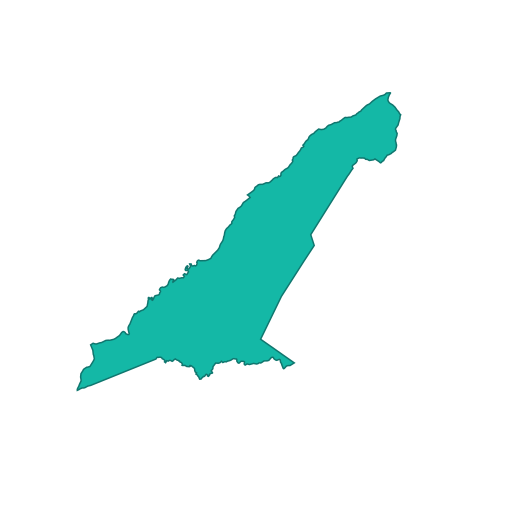 outline of Canas, Guanacaste, Costa Rica, rotated 33°
{"feature_id": "36466004B65281330352027", "entity_name": "Canas", "entity_type": "district", "adm_level": 2, "iso_a3": "CRI", "parent_name": "Costa Rica", "parent_adm1": "Guanacaste", "projection": "equal_earth", "projection_center": [-85.111, 10.45], "detail": "fine", "context": "isolated", "style": "filled", "palette": "teal", "viewbox_px": 512, "rotation_deg": 33, "n_neighbors": 0, "source": "geoboundaries", "source_scale": "gbopen_adm2", "svg_char_len": 6104}
<svg xmlns="http://www.w3.org/2000/svg" viewBox="0 0 512 512"><g transform="rotate(33 256 256)"><path d="M307.6,76.3L305.8,75.3L305.2,74.5L304.2,74.0L303.8,73.5L303.6,72.6L303.8,68.8L302.9,66.2L301.9,62.5L300.8,60.5L300.4,58.7L299.0,58.5L297.1,57.4L294.4,56.7L291.6,55.5L288.4,54.9L285.0,55.0L284.0,54.8L282.4,54.0L281.6,53.4L280.6,50.9L280.1,48.5L280.0,46.1L279.6,46.0L276.6,48.3L276.2,50.3L275.3,51.8L273.1,54.2L270.7,59.1L269.3,62.9L268.4,66.6L267.0,68.8L266.5,70.1L265.0,76.0L265.0,77.4L263.9,79.3L263.7,80.3L263.1,81.6L262.9,83.3L260.9,85.8L260.4,87.1L259.9,87.9L257.9,89.4L256.8,90.5L255.9,90.8L255.2,91.4L254.4,93.4L253.6,95.9L252.8,97.4L252.6,98.6L251.7,99.2L251.0,100.2L249.3,101.4L247.4,104.9L245.7,106.8L245.1,108.7L244.9,110.5L243.8,112.8L241.8,114.5L239.4,115.4L238.0,119.5L237.7,121.7L236.2,124.2L236.2,125.0L235.9,125.5L235.7,126.4L235.7,127.7L236.0,128.5L236.1,130.5L235.7,131.2L235.4,132.3L235.3,133.6L235.4,135.8L235.1,136.5L235.0,137.5L236.3,137.9L236.3,138.7L236.2,139.2L235.2,140.7L235.5,142.7L235.5,144.3L235.2,146.0L235.2,147.9L235.0,149.6L234.8,150.3L233.8,151.7L233.5,152.5L233.5,153.1L234.1,154.1L234.2,155.8L235.1,156.2L235.3,156.6L235.4,157.9L235.1,160.1L234.9,160.5L234.9,163.9L234.5,165.4L234.0,166.0L233.1,167.9L232.6,170.0L231.8,172.0L231.9,173.0L233.0,174.9L233.0,175.9L232.5,176.4L231.4,176.5L231.3,178.5L229.8,179.3L229.5,179.7L228.5,181.8L228.2,183.9L227.9,184.3L227.9,185.1L227.2,187.1L226.4,188.0L224.6,189.1L222.6,192.2L220.0,194.0L219.1,195.1L218.9,196.1L217.9,198.7L217.9,199.8L218.4,200.7L218.3,202.3L217.4,204.9L215.6,209.4L217.4,209.5L219.2,210.2L217.2,216.0L216.3,218.0L216.5,222.1L215.9,224.0L215.0,225.8L214.9,229.2L215.1,230.2L215.9,232.3L215.9,234.1L217.1,235.3L217.3,238.1L217.1,238.8L217.1,240.6L218.0,241.8L217.9,242.5L217.3,244.1L217.0,246.9L216.4,249.0L216.4,251.4L217.0,253.4L218.2,256.0L218.5,257.5L219.3,259.4L219.8,261.3L219.8,265.5L220.2,267.4L220.7,268.8L220.7,271.9L219.2,278.9L219.2,280.7L219.4,282.6L218.1,284.9L216.4,287.2L211.6,290.5L210.8,290.5L209.9,290.9L209.5,292.2L209.7,293.3L209.8,293.6L210.2,293.6L210.5,293.9L211.2,296.2L210.7,297.3L209.5,297.5L208.7,298.6L207.8,299.1L207.1,299.1L206.4,298.3L205.9,298.0L204.7,298.8L205.3,299.3L206.4,299.6L206.8,300.9L206.8,302.6L206.4,304.0L204.9,304.0L204.7,301.9L204.3,301.6L203.8,301.6L203.4,302.5L203.4,304.0L203.9,305.8L204.6,306.4L205.1,306.4L206.4,305.5L207.3,305.5L208.0,306.0L208.1,309.2L207.8,309.5L207.3,309.6L205.8,309.7L205.3,311.1L205.3,311.6L207.0,312.1L207.0,313.8L205.6,314.7L203.9,316.5L202.3,317.1L201.8,319.9L200.6,323.2L200.4,323.1L200.2,322.5L199.9,320.7L199.1,320.7L198.0,321.5L197.0,321.7L196.8,322.6L196.8,324.1L197.1,325.7L197.7,327.6L197.6,329.4L196.5,331.6L195.8,332.5L194.3,333.1L193.3,334.5L193.3,336.6L193.5,337.0L194.7,337.2L195.3,337.8L195.4,338.3L195.3,339.5L195.8,340.5L195.7,341.3L195.4,341.8L193.0,344.3L193.0,346.3L193.3,347.4L193.4,349.2L193.2,349.6L192.4,349.5L191.9,347.9L191.6,347.6L191.2,347.5L190.7,348.1L190.5,349.9L189.9,350.0L189.1,349.1L188.7,349.1L188.5,349.6L188.5,350.0L189.1,350.4L189.5,351.1L189.9,352.5L190.7,354.0L192.1,357.6L190.9,362.4L189.1,364.9L188.7,366.2L187.8,366.1L187.5,366.4L187.2,369.0L186.5,370.1L185.5,370.7L185.5,371.6L185.8,372.4L185.9,374.9L187.3,381.7L187.3,383.4L187.6,385.4L188.6,387.0L190.7,389.1L192.0,390.1L192.1,391.1L191.3,391.7L189.3,392.1L187.8,391.4L186.4,391.4L185.7,391.7L185.0,393.3L184.9,396.3L184.7,397.4L182.8,402.1L182.1,403.3L179.3,406.3L177.8,407.2L176.1,408.5L173.6,412.7L172.2,414.0L170.1,416.7L168.8,417.4L166.9,417.9L165.7,420.6L170.5,423.9L173.2,427.2L174.2,427.9L176.5,430.4L176.8,433.1L176.9,439.1L175.2,441.1L174.6,441.5L173.3,444.4L173.1,445.4L173.3,446.3L173.3,450.0L174.8,453.0L176.9,455.3L177.4,456.3L177.8,459.6L178.3,461.7L178.5,464.2L178.9,465.5L179.3,466.0L180.2,464.6L180.7,463.4L182.0,461.5L182.8,460.8L183.4,460.5L184.2,459.6L185.8,456.7L187.8,454.6L228.2,396.9L228.2,395.0L228.4,394.7L229.5,394.1L230.4,393.2L231.6,392.7L232.3,392.7L233.3,393.2L235.1,393.0L236.9,393.5L236.9,394.6L238.3,394.7L238.2,392.4L239.6,392.0L240.0,391.1L240.6,390.4L241.4,390.1L243.0,390.0L243.5,389.2L243.6,388.0L244.1,387.1L244.3,386.3L246.6,386.3L247.7,385.9L248.5,386.1L248.9,385.7L249.9,386.3L251.5,386.0L253.1,386.7L253.3,387.1L253.4,387.9L253.9,387.9L256.1,386.4L258.0,386.4L260.3,385.2L260.8,384.5L260.2,383.9L260.3,383.7L261.5,383.3L265.3,383.7L266.1,384.2L266.7,385.1L268.1,386.3L269.9,386.4L269.9,387.7L271.8,387.8L272.8,388.4L273.8,388.6L275.8,390.0L276.9,389.2L277.1,387.3L277.4,386.6L277.5,385.6L278.2,385.2L278.4,384.8L278.5,382.6L279.0,382.1L280.3,382.1L280.5,382.9L281.0,383.0L281.7,382.8L281.9,381.3L281.6,380.1L282.2,379.0L283.2,377.9L283.2,377.7L282.6,377.3L281.0,376.8L281.2,374.1L280.2,372.2L280.5,367.8L283.0,366.3L283.9,365.1L284.4,363.1L286.2,363.4L287.3,361.7L288.8,360.9L289.4,359.6L290.2,358.9L291.6,357.2L292.5,355.1L293.1,354.3L293.6,354.0L294.7,353.7L295.5,353.1L296.1,353.1L297.3,354.7L299.0,355.4L299.6,355.4L300.3,354.8L300.6,353.0L300.9,352.4L302.8,351.2L303.6,351.0L304.0,351.0L304.9,353.0L305.8,353.4L306.4,353.3L307.3,351.4L309.6,350.6L312.5,347.4L315.4,346.2L316.4,345.0L316.6,344.3L317.0,343.8L317.5,343.4L318.2,343.2L318.7,342.4L319.9,339.6L322.5,337.8L323.6,336.6L324.1,333.2L324.4,332.5L325.1,331.8L325.7,331.7L327.3,332.5L329.3,332.5L330.2,332.2L331.8,330.0L332.7,329.9L333.4,330.5L334.2,331.5L336.4,332.6L336.6,333.0L340.0,335.4L340.7,335.4L341.0,334.6L341.5,331.7L342.4,330.6L344.2,329.3L346.3,324.8L305.2,323.3L299.3,276.0L299.0,234.3L299.1,215.5L290.3,208.3L289.2,139.3L289.4,136.8L289.4,131.7L289.6,129.7L288.2,128.7L287.8,128.1L287.8,127.2L289.0,123.8L289.1,122.8L289.0,121.0L287.9,119.8L287.9,119.5L289.1,117.6L289.5,117.2L290.9,116.6L291.2,116.2L293.8,114.8L295.2,115.2L296.8,114.3L299.0,114.2L302.3,111.2L302.9,109.8L307.5,109.8L309.6,110.1L310.1,109.5L310.4,107.7L311.1,106.5L310.9,105.1L310.9,102.9L311.1,102.2L311.1,100.0L312.2,98.8L313.6,96.3L313.9,94.8L314.3,94.2L315.3,91.3L314.3,88.1L313.6,86.7L313.3,86.6L313.0,85.9L312.5,85.7L311.9,84.9L310.4,83.6L309.5,82.1L308.6,78.4L307.6,76.3Z" fill="#14b8a6" stroke="#0f766e" stroke-width="1.5"/></g></svg>